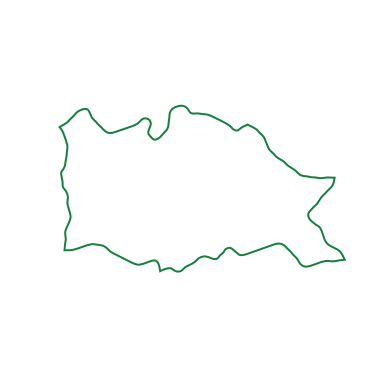 Rancho Arriba, San José de Ocoa, Dominican Republic (Albers equal-area conic projection), rotated 161°
{"feature_id": "3306468B42519572872146", "entity_name": "Rancho Arriba", "entity_type": "district", "adm_level": 2, "iso_a3": "DOM", "parent_name": "Dominican Republic", "parent_adm1": "San José de Ocoa", "projection": "albers", "projection_center": [-70.446, 18.713], "detail": "fine", "context": "isolated", "style": "outline", "palette": "green", "viewbox_px": 384, "rotation_deg": 161, "n_neighbors": 0, "source": "geoboundaries", "source_scale": "gbopen_adm2", "svg_char_len": 3937}
<svg xmlns="http://www.w3.org/2000/svg" viewBox="0 0 384 384"><g transform="rotate(161 192 192)"><path d="M52.5,159.1L58.8,161.5L60.6,162.0L64.2,162.7L66.0,163.2L66.8,163.5L70.6,165.6L74.0,166.9L78.5,169.5L81.7,171.0L83.1,172.0L84.3,173.2L85.3,174.6L86.9,177.9L87.8,179.4L91.6,184.3L92.7,185.7L95.1,190.5L96.1,192.0L99.6,196.1L101.0,198.3L102.5,201.7L104.5,205.5L105.1,207.2L105.5,210.0L105.9,218.6L106.2,220.5L106.8,222.2L108.8,226.0L110.2,229.4L111.2,230.9L113.5,233.6L117.5,237.6L121.3,237.3L123.1,237.0L124.8,236.6L126.9,235.8L128.3,235.4L129.1,235.4L129.8,235.6L131.1,236.4L131.7,236.9L132.7,238.1L134.6,242.0L135.7,243.6L136.9,245.2L141.1,249.7L148.5,257.1L150.7,259.1L153.2,260.7L156.5,262.2L161.1,264.5L165.2,265.7L166.6,266.4L167.2,266.9L168.0,268.2L169.1,272.1L169.8,273.7L170.8,275.0L171.4,275.6L172.9,276.6L173.8,277.0L174.7,277.3L176.5,277.6L178.4,277.7L180.3,277.7L183.1,277.1L184.8,276.3L186.1,275.2L187.3,273.9L187.7,273.2L189.1,269.9L191.1,266.1L192.9,262.1L193.9,260.7L195.1,259.4L196.5,258.4L199.7,256.8L204.1,254.3L205.8,253.8L207.4,253.4L208.8,253.3L209.6,253.4L210.3,253.7L211.0,254.1L212.0,255.3L213.8,259.5L214.2,261.0L214.2,261.8L214.0,262.6L213.6,263.4L212.6,264.8L209.7,268.2L208.8,269.8L208.5,270.6L208.5,272.4L208.6,273.3L209.0,274.1L210.0,275.5L211.4,276.5L212.2,276.9L214.0,277.2L214.8,277.1L216.5,276.6L219.4,275.1L221.0,274.5L223.0,274.1L225.0,273.8L229.2,273.7L244.9,273.7L248.0,273.9L249.9,274.3L250.9,274.7L252.4,275.6L253.0,276.2L254.1,277.5L255.0,279.0L256.5,282.2L258.5,286.0L259.9,289.4L261.4,292.5L262.1,294.1L262.5,295.9L263.0,301.2L263.4,302.8L263.7,303.6L264.2,304.3L264.9,304.8L265.7,305.2L267.3,305.7L269.1,305.8L271.8,305.6L273.7,305.2L275.4,304.6L279.1,302.5L282.4,301.0L287.0,298.6L288.8,298.0L296.1,296.5L295.1,293.6L294.7,291.6L294.5,289.6L294.4,285.5L294.4,281.4L294.6,278.3L294.8,276.4L295.0,275.4L295.7,273.6L297.6,269.8L299.1,266.5L301.6,262.0L303.2,258.8L304.2,257.5L305.3,256.3L308.4,253.9L309.0,253.4L309.4,252.7L310.0,251.1L311.0,244.0L312.2,240.3L312.4,238.8L312.1,237.3L310.8,233.6L310.6,230.9L310.7,229.1L311.1,227.3L313.2,222.7L313.7,220.7L314.0,217.7L314.2,211.6L314.7,208.6L315.5,206.7L316.6,205.1L317.9,203.6L322.8,198.4L324.6,196.0L325.0,195.1L325.6,193.4L326.4,189.8L326.9,188.0L329.7,182.5L331.5,178.4L325.7,176.5L322.8,176.0L318.8,175.8L308.5,175.8L304.5,175.4L303.6,175.2L301.8,174.6L294.8,171.0L293.5,170.0L291.7,168.1L290.8,166.6L289.2,163.3L288.1,161.7L286.1,159.4L272.2,145.1L270.0,143.0L268.3,141.8L266.6,140.8L264.7,140.3L261.6,140.0L254.6,140.1L251.8,140.0L250.0,139.6L249.2,139.3L248.5,138.7L247.9,138.0L247.6,137.2L247.3,136.4L247.1,134.7L247.2,131.9L247.9,127.5L244.3,127.9L242.4,127.9L239.7,127.7L238.0,127.3L236.6,126.6L236.1,126.0L234.3,123.6L232.6,122.0L231.2,121.3L229.5,120.9L228.6,120.9L227.0,121.2L223.3,122.9L221.3,123.4L215.2,124.2L213.3,124.6L211.5,125.3L208.5,126.7L206.8,127.3L204.0,127.5L201.2,127.1L199.5,126.3L197.9,125.3L194.4,122.3L192.9,121.3L191.3,120.8L189.8,120.9L188.5,121.4L186.4,122.9L182.2,124.5L181.6,124.9L180.1,126.2L178.9,127.0L177.4,127.3L175.8,127.2L174.2,126.8L173.6,126.3L173.0,125.8L168.1,117.7L167.5,117.1L166.8,116.6L165.0,115.9L163.1,115.6L160.0,115.5L131.9,115.7L128.7,115.5L126.7,115.0L125.8,114.6L124.3,113.7L123.0,112.5L122.0,111.1L120.1,107.2L118.1,103.3L116.8,99.9L114.9,96.0L114.3,94.4L113.4,90.0L112.8,88.3L111.9,86.8L110.7,85.6L110.0,85.0L108.3,84.2L105.2,83.7L102.1,83.6L92.5,83.7L88.4,83.3L86.4,82.8L82.5,81.0L80.8,80.4L79.0,80.0L73.4,79.1L69.6,78.2L70.3,83.5L70.6,85.3L71.2,87.1L71.6,88.0L73.4,90.5L78.4,95.6L79.7,97.2L80.8,98.9L81.2,99.8L81.8,101.7L82.1,103.7L82.1,112.8L82.3,114.7L82.6,116.5L83.2,118.1L85.6,120.8L89.0,126.4L89.6,128.1L89.8,129.0L89.9,130.7L89.8,131.6L89.3,133.2L88.8,134.0L87.6,135.0L82.7,137.8L79.4,139.3L77.7,140.1L76.2,141.2L71.6,144.8L69.9,145.8L66.6,147.3L62.9,149.3L59.6,150.8L58.1,151.6L56.8,152.7L55.0,154.7L52.5,159.1Z" fill="none" stroke="#15803d" stroke-width="2"/></g></svg>